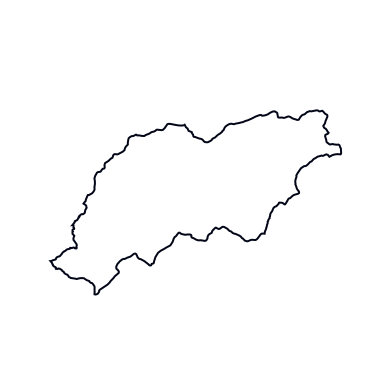 Buriticá, Antioquia, Colombia (Albers equal-area conic projection), rotated 74°
{"feature_id": "7082276B20190258274584", "entity_name": "Buriticá", "entity_type": "district", "adm_level": 2, "iso_a3": "COL", "parent_name": "Colombia", "parent_adm1": "Antioquia", "projection": "albers", "projection_center": [-75.9, 6.81], "detail": "fine", "context": "isolated", "style": "outline", "palette": "ink", "viewbox_px": 384, "rotation_deg": 74, "n_neighbors": 0, "source": "geoboundaries", "source_scale": "gbopen_adm2", "svg_char_len": 6061}
<svg xmlns="http://www.w3.org/2000/svg" viewBox="0 0 384 384"><g transform="rotate(74 192 192)"><path d="M252.1,133.7L250.1,132.8L247.7,130.8L246.6,130.4L246.1,129.8L244.5,129.1L242.9,127.9L241.3,127.4L240.8,126.7L240.3,126.6L239.4,125.8L238.6,124.6L237.6,124.4L237.0,123.8L234.8,122.8L233.9,122.0L232.3,120.0L231.0,119.1L229.7,117.9L229.1,116.7L228.9,114.8L227.3,112.1L226.4,111.4L226.3,110.9L226.8,109.3L227.5,107.9L229.4,106.5L229.5,105.9L228.3,104.4L225.2,101.2L225.0,100.8L224.9,99.2L223.7,97.0L223.0,95.2L222.9,93.4L222.9,90.4L222.5,89.4L221.8,89.1L220.4,89.2L219.9,89.6L217.6,90.3L215.5,90.3L212.9,90.5L212.6,90.2L210.5,89.9L208.5,89.0L206.2,87.4L204.8,87.1L203.0,85.3L199.2,80.7L198.1,77.3L198.3,75.8L198.2,74.7L197.3,72.8L195.8,70.4L195.5,68.6L193.9,66.1L193.3,63.4L192.7,61.8L192.7,57.4L193.4,56.2L192.8,52.7L193.7,51.2L196.0,50.2L195.3,47.2L195.2,44.9L195.7,41.7L196.7,39.1L196.6,38.5L196.2,38.2L195.3,37.8L191.2,36.9L189.5,37.3L188.0,37.3L187.4,37.5L186.7,38.3L186.6,39.4L185.4,42.4L184.7,43.4L184.4,45.9L184.2,46.6L181.4,48.7L180.4,48.9L179.0,48.6L175.2,48.7L174.3,48.3L173.8,47.9L173.5,45.7L173.2,44.9L172.8,44.4L172.2,44.5L171.5,45.0L169.9,45.3L168.3,45.9L166.6,47.3L164.7,47.6L162.6,45.2L160.8,44.2L156.9,41.1L155.7,40.8L155.1,40.9L153.3,42.6L150.6,43.8L149.8,44.5L149.8,46.6L149.6,47.4L148.3,48.6L147.8,49.9L147.4,54.9L146.7,56.6L147.0,59.6L148.3,62.2L148.4,64.4L148.6,65.2L149.8,67.1L151.9,69.4L151.9,70.4L151.7,71.0L148.9,75.2L147.0,76.8L146.1,78.1L145.9,79.0L146.2,82.4L146.0,83.5L145.1,85.2L144.8,86.9L144.2,88.4L143.5,88.7L139.6,88.3L138.9,88.7L137.3,90.2L136.9,92.3L137.5,95.6L138.2,97.4L138.4,99.3L138.4,101.2L138.1,103.3L137.8,103.8L136.9,104.5L136.7,105.9L137.0,110.0L137.9,114.5L138.5,118.9L138.4,120.7L138.8,123.6L138.6,128.5L138.3,131.1L138.4,132.8L138.1,133.7L137.2,135.3L137.1,136.0L137.0,137.4L137.4,139.3L138.3,141.7L139.3,143.0L141.4,144.8L141.6,145.8L142.4,146.4L143.5,148.8L144.2,151.4L145.9,154.7L146.5,157.7L147.4,158.7L147.8,159.5L148.5,162.6L148.4,163.7L147.9,165.1L147.3,166.1L146.6,166.6L145.4,167.0L143.7,168.2L142.4,170.6L140.0,173.8L139.4,175.1L138.8,175.3L137.1,175.2L135.3,175.9L134.4,175.7L132.3,178.4L129.8,178.8L127.9,180.0L125.4,180.5L125.6,181.0L125.4,183.1L124.8,185.3L123.5,188.3L120.4,194.4L120.0,196.1L120.1,197.1L123.1,200.7L124.3,203.0L124.2,204.1L122.4,208.5L122.6,209.5L123.0,210.1L123.4,211.7L123.3,214.1L123.5,215.2L124.1,216.8L124.5,221.0L125.0,222.2L124.9,222.8L124.2,224.9L122.8,227.6L122.6,228.9L122.4,229.2L121.7,229.6L121.4,230.0L122.0,232.8L121.7,234.7L121.8,235.4L122.4,237.2L122.9,238.0L124.1,238.8L126.9,240.1L128.7,240.6L130.3,243.3L131.8,244.6L133.2,245.4L134.2,247.6L135.3,253.0L135.2,253.6L134.3,255.7L134.3,256.3L134.5,256.9L134.9,257.5L137.1,259.0L137.6,260.9L139.2,263.9L140.2,267.5L141.3,268.3L142.3,268.8L144.0,269.0L144.9,269.5L145.3,270.3L145.1,271.4L145.8,272.6L146.9,273.8L147.3,274.7L147.0,276.2L147.0,277.3L147.3,278.1L149.7,280.5L151.9,282.0L154.9,282.4L157.5,283.1L160.1,284.3L162.7,285.0L163.5,285.5L164.7,286.8L165.7,288.4L166.5,291.7L166.2,292.8L166.3,293.1L169.9,296.0L171.3,296.7L172.5,298.5L173.3,299.5L175.1,297.9L176.2,297.5L177.3,297.7L178.1,297.6L180.0,299.6L182.4,300.8L182.9,301.7L183.3,302.9L182.9,304.4L183.5,306.0L184.2,306.5L184.2,307.4L184.7,307.7L185.3,307.6L185.8,308.7L186.8,309.4L187.5,310.6L187.6,312.2L188.0,312.5L188.0,312.8L188.5,313.0L188.8,313.2L190.8,316.0L190.9,315.2L191.1,315.1L191.7,315.1L193.0,315.7L193.5,315.4L194.6,315.3L195.0,315.6L194.9,315.9L195.2,316.9L195.6,317.3L196.1,317.5L197.0,317.4L197.0,317.7L197.5,318.0L198.6,318.1L199.3,318.4L201.6,317.2L203.4,318.5L204.1,318.8L205.3,319.1L210.2,317.4L211.5,317.4L212.8,318.3L213.8,318.2L214.3,318.5L214.4,318.8L214.0,319.9L213.0,320.7L212.7,321.3L212.7,323.1L212.1,324.4L212.2,324.7L212.6,325.0L212.8,324.9L212.9,325.1L212.7,327.8L213.0,328.8L213.7,330.0L213.7,331.1L214.1,331.6L214.3,332.6L215.4,334.1L215.9,334.5L216.2,335.2L217.0,336.2L217.3,337.3L217.3,339.1L217.6,340.1L217.9,340.6L219.2,341.6L219.3,342.3L219.2,344.2L219.6,345.9L219.4,347.1L221.6,346.1L222.5,346.2L222.9,345.9L223.8,345.7L224.1,345.9L224.6,345.8L225.9,344.8L226.5,344.0L226.9,343.8L227.7,344.0L227.8,343.6L228.5,343.7L228.5,343.2L228.9,342.6L228.9,341.8L228.7,341.5L229.4,340.2L231.1,338.7L232.4,338.3L233.2,337.4L234.9,337.0L236.4,335.7L237.3,334.5L238.5,334.0L239.7,333.8L240.5,332.8L241.2,332.3L243.1,328.1L243.9,326.8L243.8,325.6L243.8,325.2L244.0,324.8L243.9,324.2L244.0,323.1L245.0,319.8L247.6,317.6L249.3,315.3L250.4,315.1L251.3,314.4L252.1,313.1L253.2,312.6L255.6,311.8L257.3,312.0L258.2,312.4L261.8,313.3L263.1,313.9L263.5,313.9L264.0,312.8L264.0,311.5L263.8,310.6L262.2,308.7L261.3,308.5L260.6,307.7L257.8,298.9L256.4,296.3L255.2,294.8L252.9,290.9L251.8,289.6L249.7,284.9L248.7,284.3L247.6,284.4L246.5,284.8L245.2,285.7L244.5,285.8L243.2,285.5L242.2,284.9L240.4,283.2L239.5,281.6L238.9,280.9L237.7,278.0L237.4,276.3L237.8,275.2L237.7,274.4L237.3,272.5L237.1,268.9L235.4,264.8L235.5,263.8L235.6,263.4L235.9,263.1L236.5,262.7L239.9,262.2L241.0,261.7L241.8,261.0L242.5,259.7L245.4,256.8L249.8,253.6L250.5,253.3L251.0,252.8L251.2,251.9L251.1,251.4L250.0,250.6L250.0,248.9L249.5,248.1L248.4,247.7L244.5,245.1L241.1,241.4L239.8,238.2L239.0,234.4L238.4,232.4L237.4,227.7L237.0,227.1L234.4,224.2L232.0,222.6L230.7,221.3L229.9,219.4L227.9,216.8L227.5,215.6L227.9,214.9L228.7,214.4L229.5,213.6L231.2,210.5L231.7,207.5L232.3,205.6L233.1,204.7L233.8,204.6L234.8,205.0L235.6,204.8L237.6,202.4L239.0,201.1L240.2,199.3L240.8,196.8L242.4,193.5L242.6,192.6L242.4,191.6L241.0,190.0L239.1,189.2L238.0,188.2L237.4,187.2L236.7,184.4L234.8,183.0L233.0,179.8L232.8,179.3L232.9,178.8L234.2,177.5L235.1,176.1L234.7,174.6L234.0,172.8L233.9,172.1L234.4,170.8L236.2,169.0L237.3,168.0L238.6,167.4L239.8,166.6L240.8,165.2L242.6,164.2L243.6,163.0L244.2,161.8L246.6,158.9L248.2,157.4L250.0,156.7L250.8,155.9L253.3,154.6L254.5,152.8L254.7,151.8L254.3,148.4L254.7,146.8L255.6,144.5L255.6,143.7L255.2,142.5L254.5,141.4L251.8,137.9L251.4,137.1L251.3,136.2L251.5,135.2L252.1,133.7Z" fill="none" stroke="#020617" stroke-width="2"/></g></svg>